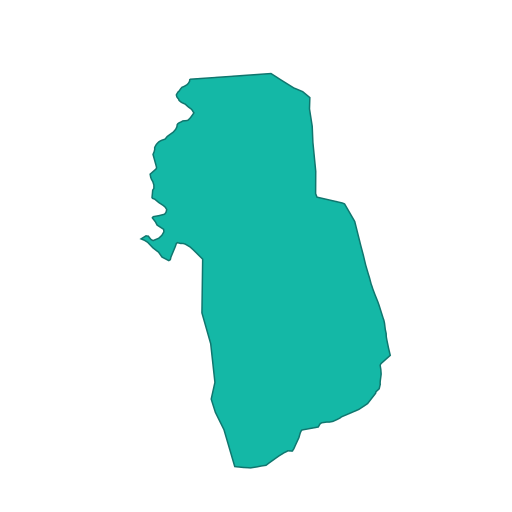 Santa Cruz Tacahua, Oaxaca, Mexico, rotated 238°
{"feature_id": "50627088B55169322722407", "entity_name": "Santa Cruz Tacahua", "entity_type": "district", "adm_level": 2, "iso_a3": "MEX", "parent_name": "Mexico", "parent_adm1": "Oaxaca", "projection": "natural_earth1", "projection_center": [-97.457, 16.92], "detail": "fine", "context": "isolated", "style": "filled", "palette": "teal", "viewbox_px": 512, "rotation_deg": 238, "n_neighbors": 0, "source": "geoboundaries", "source_scale": "gbopen_adm2", "svg_char_len": 2740}
<svg xmlns="http://www.w3.org/2000/svg" viewBox="0 0 512 512"><g transform="rotate(238 256 256)"><path d="M331.4,167.6L328.3,169.8L325.0,171.4L317.6,172.9L312.1,174.9L311.0,175.4L304.9,175.7L302.4,177.2L298.3,179.6L298.3,181.4L300.2,183.3L306.8,192.6L308.7,194.9L309.0,196.4L306.7,198.6L305.2,200.9L303.6,202.3L298.6,204.9L294.4,206.1L281.6,209.1L236.4,180.0L205.6,171.1L170.6,154.2L158.4,142.2L144.9,138.7L125.7,136.8L88.7,126.4L86.8,128.8L85.9,130.0L85.1,131.0L83.3,133.3L82.4,134.6L81.9,135.3L81.5,135.9L80.8,136.9L79.2,139.1L78.1,141.7L76.6,145.2L75.8,147.4L75.0,149.5L74.2,151.3L73.2,153.6L73.5,156.6L74.0,164.2L74.3,169.4L74.3,175.3L73.9,178.8L74.0,179.7L72.8,181.3L72.7,181.6L72.1,182.3L71.7,182.9L71.3,183.6L71.7,184.2L72.1,185.1L72.4,185.8L74.5,188.9L76.6,192.1L78.3,194.7L79.2,196.1L82.3,199.5L83.5,201.2L84.1,202.8L78.0,218.2L79.6,221.1L79.8,223.2L77.7,228.0L76.3,230.2L75.0,233.5L74.4,237.9L74.1,241.3L74.3,243.3L71.4,261.9L71.7,272.4L76.2,284.7L77.3,285.8L78.1,290.1L81.5,293.5L82.3,293.8L84.1,295.1L89.2,299.3L90.0,299.8L93.6,301.7L97.6,303.4L98.5,304.9L100.6,317.2L108.0,319.7L112.6,321.4L115.8,322.6L118.5,323.7L121.3,325.3L125.2,326.7L131.0,329.4L134.1,330.5L134.3,330.5L135.7,330.8L149.2,334.3L152.4,335.0L155.7,335.6L160.3,336.4L166.7,337.7L168.5,338.2L171.3,338.8L177.4,340.7L180.9,341.6L190.2,344.2L200.0,347.5L208.8,350.2L232.9,358.0L234.9,358.1L253.2,358.7L253.7,358.4L255.3,357.2L273.6,338.9L277.3,339.6L296.1,351.5L322.3,364.5L336.2,372.4L352.4,379.3L361.8,385.6L370.6,382.7L377.0,378.2L378.3,377.2L392.4,370.3L402.8,365.4L440.7,294.0L440.6,293.2L439.4,292.3L438.3,290.2L437.8,288.2L437.9,285.0L438.3,282.6L437.6,280.4L436.6,278.2L436.5,277.0L435.2,274.4L434.8,273.8L432.8,273.2L431.4,273.3L430.0,273.5L428.7,273.2L426.2,274.0L425.1,274.6L422.2,276.5L420.3,277.0L418.0,277.7L415.1,278.9L413.2,279.2L411.8,279.1L410.3,279.2L409.3,276.9L408.0,273.7L407.7,272.6L407.2,270.4L407.4,269.4L408.0,268.1L409.3,265.6L409.4,263.6L409.7,261.3L409.6,259.8L409.1,258.7L407.8,257.7L407.1,256.8L406.1,255.2L405.7,254.1L404.9,251.5L404.8,249.7L404.6,246.6L404.4,244.0L403.8,242.3L403.3,240.8L404.1,237.4L404.3,235.4L404.3,234.0L403.9,232.3L403.4,230.6L402.1,228.2L401.4,227.3L400.3,226.8L398.5,225.0L396.7,222.5L385.0,219.0L383.8,218.6L382.9,217.7L382.5,215.7L381.5,209.6L378.5,208.4L376.6,208.0L373.7,207.9L370.3,207.0L367.4,205.2L366.6,203.3L363.8,201.2L360.7,198.8L359.7,198.8L357.9,200.2L352.8,201.9L348.1,204.1L345.5,204.9L342.7,204.9L340.7,202.8L339.9,200.6L341.6,195.2L343.8,189.7L343.3,188.3L338.2,188.8L334.6,188.5L327.6,191.8L325.3,190.7L323.4,187.1L322.6,182.9L323.6,176.9L325.6,175.7L327.9,175.4L329.9,175.2L330.4,174.5L331.4,173.4L331.4,172.2L331.4,167.6Z" fill="#14b8a6" stroke="#0f766e" stroke-width="1.5"/></g></svg>